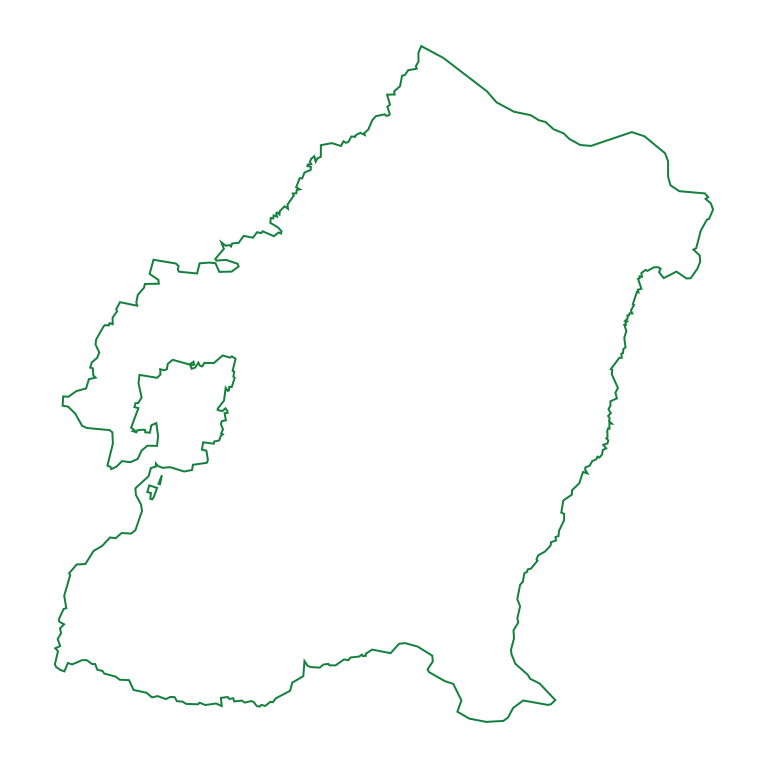 the district of Madiun, Jawa Timur, Indonesia
{"feature_id": "22746128B56340035124164", "entity_name": "Madiun", "entity_type": "district", "adm_level": 2, "iso_a3": "IDN", "parent_name": "Indonesia", "parent_adm1": "Jawa Timur", "projection": "mercator", "projection_center": [111.63, -7.612], "detail": "fine", "context": "isolated", "style": "outline", "palette": "green", "viewbox_px": 768, "rotation_deg": 0, "n_neighbors": 0, "source": "geoboundaries", "source_scale": "gbopen_adm2", "svg_char_len": 6067}
<svg xmlns="http://www.w3.org/2000/svg" viewBox="0 0 768 768"><path d="M421.2,46.1L418.4,53.0L418.5,61.6L415.9,66.1L416.7,68.7L408.2,70.2L404.7,75.2L402.1,75.6L400.0,86.3L394.1,91.4L394.7,94.5L387.1,94.7L390.0,104.7L387.4,106.7L389.8,114.2L388.9,115.3L386.1,115.8L384.7,114.3L375.8,116.2L372.3,120.2L368.3,129.5L364.3,133.1L364.8,135.0L360.3,132.8L355.5,135.3L355.3,136.8L351.3,136.5L348.4,142.0L345.9,142.8L343.5,141.3L341.0,146.0L331.8,143.1L320.9,145.2L320.8,156.9L317.5,158.2L315.7,161.7L314.3,156.2L311.1,158.9L309.9,162.0L311.2,164.1L307.9,164.5L307.4,166.0L310.9,166.8L310.7,169.9L304.5,172.6L302.1,178.5L299.7,178.1L296.2,187.3L299.8,189.3L296.7,190.0L296.3,193.3L292.8,193.5L293.8,195.6L287.5,204.6L288.0,208.8L284.6,206.3L279.9,211.0L279.5,214.5L277.6,212.5L276.2,213.2L277.0,216.7L273.6,215.4L273.3,218.4L270.8,218.0L270.3,222.8L278.3,227.7L281.5,231.3L281.1,233.5L278.5,232.5L274.0,236.2L262.7,231.3L261.1,233.1L257.1,232.2L253.0,237.7L243.7,235.9L238.6,242.9L232.2,243.4L231.0,246.5L229.6,245.1L225.9,245.8L221.3,242.3L223.9,248.8L215.3,258.9L216.4,260.6L226.0,259.9L237.7,263.8L238.6,266.5L231.7,271.6L219.3,271.9L215.5,263.2L209.4,262.6L199.6,263.3L197.1,273.5L179.0,271.7L177.8,269.5L178.6,266.1L175.9,263.5L153.5,259.8L149.6,273.9L158.4,279.9L158.8,283.7L144.9,284.0L144.0,287.7L137.8,294.9L136.3,302.5L137.2,305.7L120.0,302.2L116.2,309.2L117.1,311.3L112.6,317.6L112.7,324.2L109.5,323.2L108.8,325.5L105.1,325.1L103.5,326.5L96.2,339.4L95.5,344.4L99.3,352.5L97.1,357.9L91.7,362.5L90.2,367.6L92.8,368.3L93.3,375.5L95.6,377.6L88.9,379.2L86.1,388.4L76.4,391.1L68.3,396.8L63.2,396.4L62.6,405.7L68.1,406.6L75.2,413.6L82.1,425.8L86.9,428.0L109.6,430.1L112.4,432.4L112.9,443.6L107.4,465.6L110.6,467.0L111.3,469.1L116.7,466.5L122.0,461.1L130.4,462.2L137.7,458.9L141.6,450.6L147.4,445.7L157.0,445.9L158.1,436.3L156.3,423.1L151.3,425.3L149.9,432.7L145.2,432.3L145.1,430.0L143.0,429.7L137.3,430.3L136.3,432.3L132.8,431.1L134.4,430.2L131.1,427.7L138.4,408.1L134.4,407.1L135.5,403.1L138.2,403.1L141.6,397.5L138.5,383.1L139.5,374.9L157.1,377.8L160.5,374.5L160.2,369.2L163.9,370.3L166.8,369.3L167.8,363.8L172.7,359.8L189.4,364.5L193.5,361.7L194.1,364.6L190.5,365.7L191.7,368.8L195.2,367.6L198.4,362.6L199.9,365.7L202.3,366.4L204.4,362.9L213.8,363.1L222.6,355.5L230.1,357.6L231.9,356.4L235.6,358.7L232.6,370.9L234.2,371.6L233.4,376.6L234.7,377.9L231.7,387.1L229.2,386.8L229.1,390.2L227.8,390.9L225.7,387.8L224.0,400.6L217.7,408.7L217.7,410.0L222.2,411.1L225.5,408.3L227.5,411.3L227.5,412.9L224.6,413.2L225.9,420.3L221.8,421.1L220.9,424.1L223.0,429.4L221.2,433.3L222.8,434.4L221.0,435.4L219.2,440.4L214.2,441.5L213.8,443.7L203.2,442.3L201.9,449.6L206.4,450.7L207.9,460.0L206.8,462.8L192.9,464.8L192.1,470.0L184.1,471.5L170.3,467.2L162.7,467.8L158.1,466.1L155.9,463.5L155.7,466.7L150.9,468.0L148.6,476.2L135.4,488.3L135.9,494.9L141.0,504.5L142.0,510.9L135.4,530.2L131.1,533.6L121.7,533.0L115.6,538.2L110.0,537.5L102.2,545.9L93.6,550.9L85.4,564.0L76.7,564.5L69.2,573.2L70.2,575.1L64.2,595.8L66.3,608.2L63.6,609.0L58.7,619.6L59.5,621.9L64.1,624.3L60.0,628.3L61.1,633.2L57.7,638.9L60.1,646.1L55.3,648.3L58.0,651.2L54.9,664.3L56.1,667.0L60.6,670.0L64.4,671.4L67.9,663.0L72.2,664.4L82.2,660.1L86.8,660.2L92.1,664.0L95.2,664.1L97.3,669.7L102.4,670.9L104.3,673.6L115.6,676.6L119.7,679.7L129.1,680.2L133.5,689.9L146.6,692.8L152.0,697.4L157.7,696.1L165.8,699.1L170.4,696.9L174.7,697.2L176.9,701.2L182.5,701.6L186.2,703.9L198.1,704.3L199.5,702.7L205.2,705.0L216.1,703.5L221.7,706.0L220.9,697.9L227.7,697.0L229.4,699.0L233.2,698.2L234.2,701.4L241.8,700.6L244.8,702.6L251.1,701.1L253.6,701.9L256.8,706.1L259.5,706.6L261.4,704.9L265.1,706.0L270.4,701.8L272.9,702.2L275.7,698.4L290.1,690.8L292.3,682.6L303.3,676.2L304.5,661.1L307.6,665.8L310.9,667.1L319.7,667.6L323.5,664.5L328.4,663.9L329.3,665.3L335.5,665.4L344.1,659.4L348.3,660.2L350.5,657.5L359.2,656.5L361.9,654.6L362.9,656.2L365.8,655.8L365.7,653.9L372.1,649.6L390.6,653.2L399.0,643.8L405.0,643.1L417.7,646.6L432.3,655.7L432.8,661.5L427.6,669.4L429.1,672.2L444.8,681.1L453.3,683.9L461.4,700.4L457.4,711.7L469.2,718.6L486.3,721.9L503.4,720.9L508.0,717.6L513.1,708.0L523.2,700.5L547.8,704.9L550.9,704.3L555.3,700.1L539.6,683.5L530.2,678.8L527.9,674.9L515.4,663.8L511.5,654.3L511.0,649.8L514.0,638.4L513.5,630.3L518.3,622.5L517.3,618.4L520.1,606.4L517.3,599.1L520.1,584.8L522.8,581.8L524.4,573.2L527.1,571.8L527.7,569.4L531.0,568.6L537.5,560.7L536.5,559.3L538.1,555.4L544.9,551.6L550.6,545.6L551.0,542.2L556.0,540.4L555.5,537.1L558.5,536.0L559.0,530.8L564.1,520.2L564.1,513.8L561.3,512.7L563.3,500.5L571.8,494.7L572.0,490.3L579.3,483.2L583.0,472.0L587.4,473.4L585.1,469.6L585.5,467.3L589.7,465.7L592.1,461.2L596.4,459.2L597.5,456.6L599.4,457.6L602.0,454.6L602.9,449.9L606.2,448.4L603.3,444.9L607.5,443.4L608.3,440.4L606.3,438.3L607.5,437.4L607.3,430.7L608.1,428.4L609.4,428.7L609.4,423.4L611.7,423.6L609.0,421.2L609.7,418.2L608.1,416.0L610.8,413.2L608.5,409.2L610.5,405.5L610.4,401.3L616.9,398.4L615.4,392.7L617.9,387.9L611.8,374.3L612.3,369.8L610.8,369.2L619.3,357.8L621.8,357.7L621.3,353.7L623.1,353.1L623.3,349.1L625.5,347.4L624.3,337.7L626.4,331.0L624.3,324.9L625.9,324.9L625.4,323.0L627.2,321.4L625.1,320.9L627.7,318.4L627.4,315.5L629.0,315.4L629.6,313.3L632.3,313.4L630.9,310.6L634.0,305.0L632.8,304.3L637.0,291.7L638.4,292.4L638.0,289.7L641.4,288.8L638.0,278.7L639.6,278.3L639.6,276.3L641.9,276.8L641.4,273.1L645.5,269.9L647.4,270.9L654.0,267.3L657.9,267.2L660.6,268.6L659.1,272.2L663.7,278.1L676.4,271.6L686.6,278.5L690.7,278.2L697.4,268.7L700.2,261.7L699.7,255.4L693.4,249.6L696.2,248.2L700.8,230.6L707.0,219.5L709.0,219.0L713.1,209.6L710.9,203.5L705.6,198.9L708.2,197.1L704.8,193.4L679.3,191.2L670.5,185.3L668.1,176.7L668.1,161.2L665.0,153.2L644.5,136.3L631.8,132.1L591.0,145.9L580.3,145.0L569.4,139.0L563.7,133.4L553.5,129.2L545.5,122.0L538.8,120.2L530.7,115.2L513.9,111.7L496.5,102.3L486.9,91.3L443.3,57.9L421.2,46.1ZM157.1,487.9L153.9,496.7L152.3,499.3L150.3,498.8L150.9,493.0L147.3,492.1L149.3,485.4L157.1,487.9ZM161.9,475.2L160.0,484.3L158.5,483.9L161.9,475.2Z" fill="none" stroke="#15803d" stroke-width="2"/></svg>